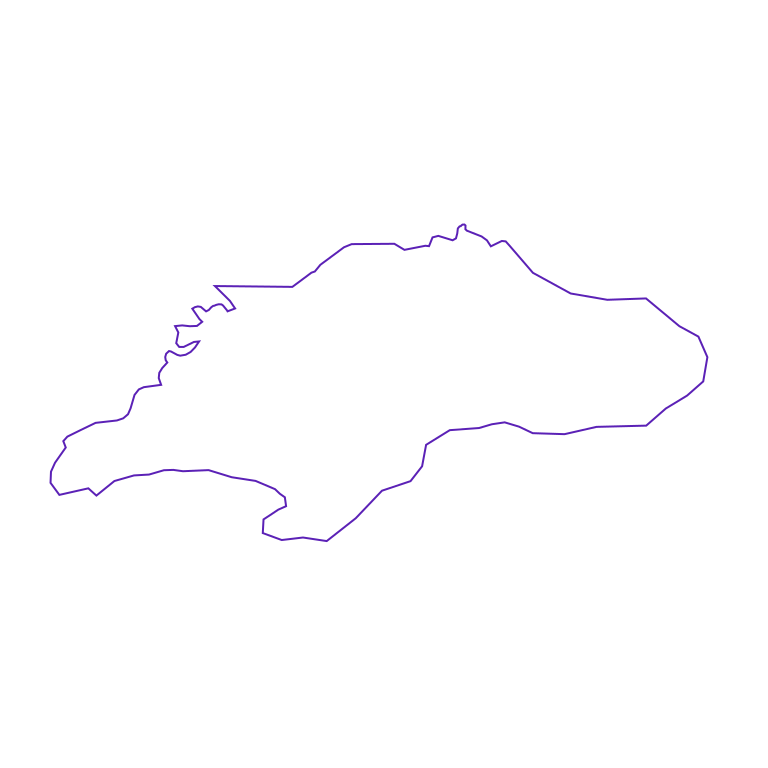 the border of Adiyaman, rotated 189°
{"feature_id": "TUR-2281", "entity_name": "Adiyaman", "entity_type": "Province", "adm_level": 1, "iso_a3": "TUR", "parent_name": "Turkey", "parent_adm1": "", "projection": "robinson", "projection_center": [38.577, 37.82], "detail": "fine", "context": "isolated", "style": "outline", "palette": "violet", "viewbox_px": 768, "rotation_deg": 189, "n_neighbors": 0, "source": "natural_earth", "source_scale": "10m", "svg_char_len": 1806}
<svg xmlns="http://www.w3.org/2000/svg" viewBox="0 0 768 768"><g transform="rotate(189 384 384)"><path d="M138.6,509.5L101.3,487.3L80.9,480.0L68.8,461.1L69.1,436.5L82.8,420.0L101.8,403.9L118.5,383.9L167.4,374.9L197.8,362.7L229.4,358.7L244.0,363.0L258.8,365.0L271.2,361.1L283.2,355.4L311.8,348.7L332.9,330.5L333.5,308.7L342.6,292.2L369.3,278.3L390.9,247.0L416.0,219.9L440.0,219.7L460.6,213.9L480.4,217.8L481.8,231.4L468.7,243.4L461.6,248.0L464.2,256.6L469.7,259.3L475.2,263.1L495.7,268.2L519.8,268.1L543.8,271.5L568.9,266.4L578.7,266.2L587.9,264.4L601.9,257.8L616.6,254.6L635.1,246.0L650.6,228.8L659.7,234.7L687.3,223.7L697.9,234.2L699.2,245.3L696.6,254.8L688.4,271.5L691.8,277.4L688.5,282.5L676.2,291.2L662.8,300.5L642.1,306.2L636.2,309.3L632.1,314.1L630.5,320.3L628.7,334.2L625.3,340.3L620.7,343.3L604.0,348.3L607.4,354.6L607.7,359.9L605.5,365.1L601.4,371.3L603.3,373.3L604.3,376.4L603.9,379.8L601.5,382.9L599.5,382.8L592.7,380.4L589.7,380.1L584.4,381.9L580.0,385.4L576.4,390.5L573.3,397.1L578.3,395.8L587.6,389.3L592.1,388.6L595.6,391.8L595.2,402.7L599.4,408.5L592.5,410.3L584.8,410.7L577.8,412.1L573.3,417.0L576.4,419.2L585.1,428.4L582.8,430.3L580.0,431.5L577.0,431.5L571.1,427.9L568.6,429.7L566.6,432.8L565.0,434.4L563.8,434.8L562.1,435.9L559.7,436.9L556.9,437.2L555.2,436.3L550.6,432.2L549.9,431.3L542.9,435.3L549.2,442.0L566.3,454.3L489.7,465.6L473.1,482.6L469.9,484.3L465.5,491.8L444.9,512.8L437.8,517.1L395.7,524.1L384.8,519.7L364.8,527.0L361.1,527.2L359.0,536.4L353.5,538.8L338.7,536.7L335.7,539.1L335.2,544.1L335.4,549.2L334.0,551.5L332.9,551.9L332.3,552.8L331.4,553.7L329.5,554.1L328.3,553.3L327.8,549.6L326.1,548.4L310.7,545.0L304.8,542.0L300.0,536.7L290.0,543.7L286.1,543.9L281.2,539.9L254.3,517.1L213.8,502.6L176.6,502.1L138.6,509.5Z" fill="none" stroke="#5b21b6" stroke-width="2"/></g></svg>